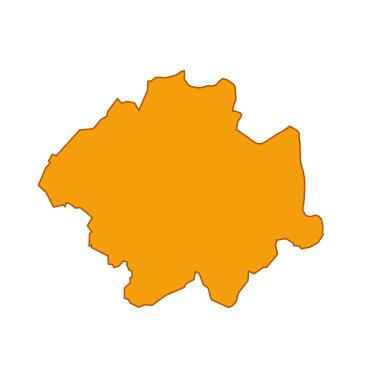 the district of Staro Nagorichane, Staro Nagoričane, North Macedonia, rotated 50°
{"feature_id": "65306769B92481103020830", "entity_name": "Staro Nagorichane", "entity_type": "district", "adm_level": 2, "iso_a3": "MKD", "parent_name": "North Macedonia", "parent_adm1": "Staro Nagoričane", "projection": "orthographic", "projection_center": [21.915, 42.232], "detail": "fine", "context": "isolated", "style": "filled", "palette": "amber", "viewbox_px": 384, "rotation_deg": 50, "n_neighbors": 0, "source": "geoboundaries", "source_scale": "gbopen_adm2", "svg_char_len": 2361}
<svg xmlns="http://www.w3.org/2000/svg" viewBox="0 0 384 384"><g transform="rotate(50 192 192)"><path d="M286.9,246.4L304.0,238.2L305.2,233.4L304.1,228.1L299.2,221.4L295.9,206.2L289.1,199.5L294.6,196.9L295.5,185.9L297.7,183.3L294.6,166.4L286.7,162.5L283.4,157.8L288.1,150.0L296.4,147.2L298.3,148.6L302.0,144.9L305.9,144.6L310.1,137.2L311.7,127.6L308.8,118.5L307.2,118.4L302.7,114.1L295.9,110.3L292.4,110.5L291.3,111.0L289.6,111.9L288.5,113.5L288.2,114.5L287.8,115.5L287.3,116.5L286.5,117.6L284.4,119.2L282.8,119.9L277.5,118.9L276.0,117.9L274.0,115.8L272.6,113.9L268.3,109.4L262.5,104.2L257.2,99.7L254.3,97.5L247.5,93.5L243.7,91.9L239.2,89.7L235.8,87.3L233.7,85.4L231.5,83.8L229.9,82.6L228.3,81.5L223.9,77.8L219.1,75.0L215.7,72.0L213.1,71.9L210.1,72.8L204.5,74.8L204.3,76.1L204.0,81.8L202.3,90.2L201.5,97.8L200.8,103.3L199.8,107.4L199.2,108.3L197.3,110.7L196.2,111.3L194.4,112.1L193.2,112.5L189.3,113.5L187.0,114.0L185.7,114.2L181.0,115.5L176.8,116.6L172.7,117.8L170.1,114.8L168.4,112.8L167.1,110.8L166.6,108.5L166.3,107.6L165.4,105.2L164.0,104.2L163.0,104.0L160.4,105.4L157.3,107.3L156.3,109.1L153.7,106.2L151.2,102.6L150.7,100.8L150.0,99.6L144.5,95.2L141.7,93.2L139.3,91.6L138.3,91.2L136.3,91.0L134.7,91.3L131.9,92.1L128.2,93.2L125.2,95.3L124.8,96.5L124.7,97.6L124.9,101.6L125.4,104.3L124.6,107.7L121.0,111.2L118.4,117.0L118.1,117.7L117.1,119.3L116.6,119.9L110.1,125.2L109.3,125.5L106.6,125.9L101.4,125.4L100.8,125.3L99.8,124.9L99.2,124.0L98.7,123.4L97.9,122.7L94.1,120.0L92.8,122.9L92.4,128.0L90.3,133.7L86.9,139.7L86.5,140.2L85.4,140.9L80.9,146.0L80.8,151.9L79.2,154.2L78.8,154.4L85.8,161.2L95.3,180.1L86.7,178.8L81.1,183.5L78.7,188.9L72.5,189.1L76.2,204.8L79.2,208.5L78.0,215.2L80.1,227.0L72.3,238.1L77.0,272.7L73.3,274.7L76.1,282.1L78.5,282.0L79.6,288.8L88.2,305.4L98.4,304.1L114.6,307.7L119.1,298.9L121.6,298.7L119.5,295.2L122.2,293.2L129.2,291.8L132.2,287.6L147.3,284.8L150.7,293.8L158.1,294.4L158.0,297.2L167.2,305.5L168.0,303.2L169.8,304.7L187.0,297.5L193.5,302.3L196.6,299.6L199.7,300.4L201.7,295.5L200.8,288.7L204.1,286.4L205.8,288.7L211.0,290.4L214.3,289.2L218.3,292.1L217.9,294.7L221.9,297.7L222.2,305.5L229.9,312.1L233.5,309.8L237.4,310.7L246.1,306.7L248.2,300.3L253.1,295.5L254.2,278.7L260.0,259.3L258.4,255.9L260.2,246.7L255.2,240.6L259.1,238.9L270.3,242.8L276.0,241.4L286.9,246.4Z" fill="#f59e0b" stroke="#b45309" stroke-width="1.5"/></g></svg>